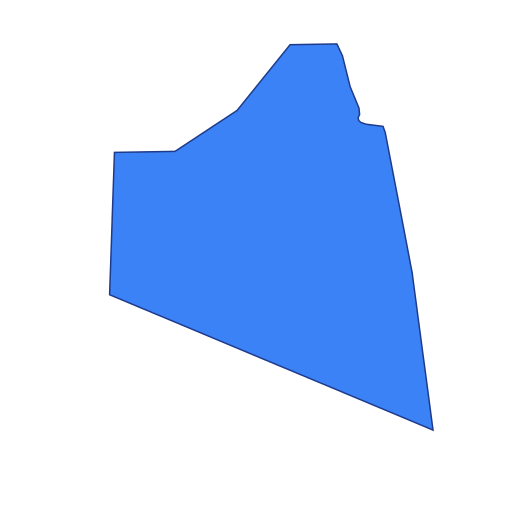 the district of Al Maslub, Al Jawf, Yemen, rotated 80°
{"feature_id": "15242507B10963365532335", "entity_name": "Al Maslub", "entity_type": "district", "adm_level": 2, "iso_a3": "YEM", "parent_name": "Yemen", "parent_adm1": "Al Jawf", "projection": "mercator", "projection_center": [44.561, 16.096], "detail": "fine", "context": "isolated", "style": "filled", "palette": "blue", "viewbox_px": 512, "rotation_deg": 80, "n_neighbors": 0, "source": "geoboundaries", "source_scale": "gbopen_adm2", "svg_char_len": 777}
<svg xmlns="http://www.w3.org/2000/svg" viewBox="0 0 512 512"><g transform="rotate(80 256 256)"><path d="M129.4,377.4L195.9,391.5L196.1,391.5L268.7,406.9L268.8,406.8L287.9,377.1L289.2,375.0L294.1,367.4L296.1,364.3L298.0,361.3L359.5,265.6L367.9,252.5L387.3,222.2L390.4,217.4L401.1,200.7L407.8,190.3L413.9,180.8L423.6,165.7L451.1,122.9L458.2,111.9L402.6,109.5L380.5,108.6L352.6,107.4L340.3,106.9L331.8,106.5L322.3,106.1L307.8,105.5L299.7,105.1L290.0,105.3L288.3,105.3L259.2,105.7L232.3,106.1L156.7,107.3L150.4,108.4L145.3,124.8L142.6,129.7L140.3,131.3L137.5,131.4L134.6,129.4L132.2,129.2L128.2,128.9L105.5,133.9L96.7,134.5L73.9,136.1L61.2,139.5L54.0,184.7L53.8,185.7L109.4,249.4L117.9,269.1L138.9,317.6L129.4,377.4Z" fill="#3b82f6" stroke="#1e3a8a" stroke-width="1.5"/></g></svg>